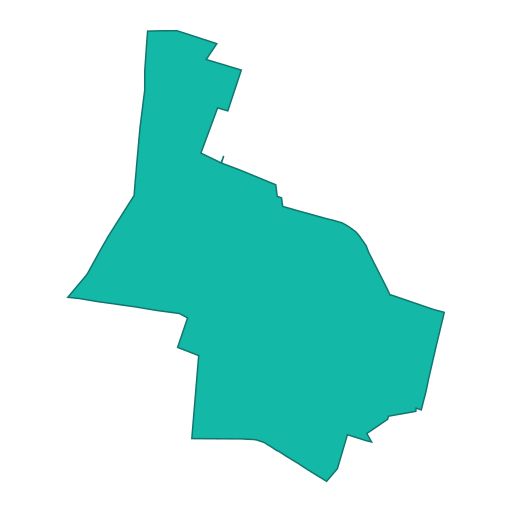 San Antonino Castillo Velasco, Oaxaca, Mexico (Albers equal-area conic projection)
{"feature_id": "50627088B75205486816607", "entity_name": "San Antonino Castillo Velasco", "entity_type": "district", "adm_level": 2, "iso_a3": "MEX", "parent_name": "Mexico", "parent_adm1": "Oaxaca", "projection": "albers", "projection_center": [-96.688, 16.817], "detail": "fine", "context": "isolated", "style": "filled", "palette": "teal", "viewbox_px": 512, "rotation_deg": 0, "n_neighbors": 0, "source": "geoboundaries", "source_scale": "gbopen_adm2", "svg_char_len": 1545}
<svg xmlns="http://www.w3.org/2000/svg" viewBox="0 0 512 512"><path d="M147.6,31.1L146.4,47.3L144.8,70.3L144.7,88.5L144.8,89.4L140.0,127.7L136.5,166.6L136.4,167.8L136.2,170.9L135.2,181.6L134.1,195.5L108.5,235.9L101.1,248.8L87.0,274.4L67.8,297.3L79.2,298.5L97.5,301.6L134.8,306.8L157.1,310.5L179.4,313.5L187.6,317.9L177.6,347.4L198.7,355.6L191.8,438.6L223.7,438.8L242.3,438.9L246.1,439.2L249.0,439.3L253.6,439.5L257.1,440.0L257.6,440.3L261.6,441.6L264.7,442.7L267.7,444.8L269.8,445.9L271.0,446.7L272.5,447.7L277.0,450.7L278.5,451.2L282.7,453.9L286.5,456.4L287.4,456.9L294.3,461.1L297.3,462.9L301.6,465.7L303.1,466.7L306.9,469.2L316.9,475.4L326.6,481.3L337.4,468.7L347.4,434.7L366.3,440.7L371.6,442.0L366.8,433.5L369.6,431.6L375.6,427.5L384.1,421.7L387.6,419.3L388.5,416.2L415.8,411.3L416.1,408.1L421.3,409.9L423.6,400.7L423.7,400.3L424.3,398.1L425.9,391.9L427.1,386.2L428.5,379.4L429.5,374.9L429.9,373.3L433.0,359.8L433.8,356.4L433.9,355.9L434.1,355.2L435.2,350.4L435.3,349.7L443.6,315.2L444.2,312.4L443.4,312.1L434.6,309.8L430.6,308.5L423.7,306.1L423.3,306.0L423.0,305.9L391.0,294.9L390.7,295.0L390.3,295.0L390.1,295.1L386.2,286.9L368.5,252.0L366.2,245.8L359.2,235.8L355.9,231.9L352.8,229.6L349.5,227.2L347.5,226.0L346.2,225.1L342.1,222.9L340.3,222.3L335.0,220.8L325.1,218.3L297.3,210.6L282.7,206.4L281.5,197.8L277.2,196.4L275.8,184.8L238.6,169.5L221.5,163.1L223.7,155.9L221.1,162.9L200.9,153.1L217.6,107.9L227.8,110.9L241.3,70.1L206.2,59.5L216.8,43.7L176.9,30.7L160.7,30.8L147.6,31.1Z" fill="#14b8a6" stroke="#0f766e" stroke-width="1.5"/></svg>